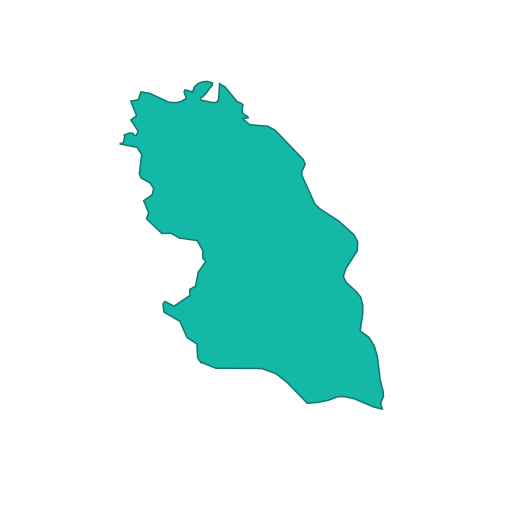 SVG path tracing the border of Fermanagh, rotated 216°
{"feature_id": "GBR-2136", "entity_name": "Fermanagh", "entity_type": "District", "adm_level": 1, "iso_a3": "GBR", "parent_name": "United Kingdom", "parent_adm1": "", "projection": "robinson", "projection_center": [-7.539, 54.359], "detail": "fine", "context": "isolated", "style": "filled", "palette": "teal", "viewbox_px": 512, "rotation_deg": 216, "n_neighbors": 0, "source": "natural_earth", "source_scale": "10m", "svg_char_len": 1757}
<svg xmlns="http://www.w3.org/2000/svg" viewBox="0 0 512 512"><g transform="rotate(216 256 256)"><path d="M171.0,172.5L185.3,168.3L222.5,141.6L238.0,137.7L238.0,137.4L243.4,139.4L252.1,150.1L263.8,149.5L279.2,158.4L297.4,156.5L303.0,162.4L303.1,165.6L292.8,167.3L286.3,185.3L290.0,190.0L287.2,196.0L293.3,209.1L293.5,222.2L297.7,222.9L302.4,229.2L312.6,233.9L328.4,225.6L338.1,224.4L345.4,218.9L366.4,221.7L368.3,227.9L379.4,234.7L376.0,244.2L378.4,250.3L384.5,252.8L395.0,251.6L398.8,254.0L408.1,270.9L416.1,274.0L431.6,266.8L431.8,267.2L431.9,267.3L430.8,267.8L430.2,270.1L431.2,273.0L432.6,275.5L433.6,276.2L433.7,276.5L430.8,281.0L430.4,280.9L428.3,282.9L425.5,282.2L423.7,282.6L424.6,287.7L437.2,292.5L435.0,299.2L448.3,307.7L443.1,313.2L445.6,321.2L437.6,325.1L417.0,329.2L412.8,331.7L409.7,334.1L407.3,337.3L405.2,342.1L407.0,344.0L410.5,346.3L411.0,348.8L403.6,351.6L405.3,356.4L404.3,361.4L401.6,365.6L398.2,368.5L393.0,370.5L391.7,368.6L392.1,364.2L392.0,358.7L392.5,354.4L393.6,350.9L392.3,349.7L380.9,354.8L378.2,357.3L378.2,360.5L386.8,374.1L384.5,374.2L380.6,374.6L362.4,369.9L356.9,370.9L355.2,370.6L354.5,368.5L351.7,364.2L348.6,363.5L344.8,364.0L343.5,363.3L347.7,359.1L338.3,358.5L322.9,367.8L314.8,369.0L274.8,361.9L270.4,359.4L269.2,355.4L268.6,351.1L266.0,348.1L239.0,332.7L232.3,331.7L210.0,332.9L189.4,330.8L182.1,327.3L177.2,319.9L175.8,298.5L173.3,290.8L167.8,287.7L153.1,286.0L150.2,285.1L146.9,284.2L140.5,278.7L135.6,271.8L127.7,256.6L116.8,256.6L107.4,252.8L98.7,245.9L82.8,228.9L73.9,221.5L70.3,217.4L69.5,213.5L68.4,209.8L63.7,206.5L65.7,205.6L72.6,202.8L92.4,198.3L101.6,194.3L105.9,191.2L107.9,189.2L112.5,182.1L120.1,173.7L128.0,167.0L156.3,172.0L171.0,172.5Z" fill="#14b8a6" stroke="#0f766e" stroke-width="1.5"/></g></svg>